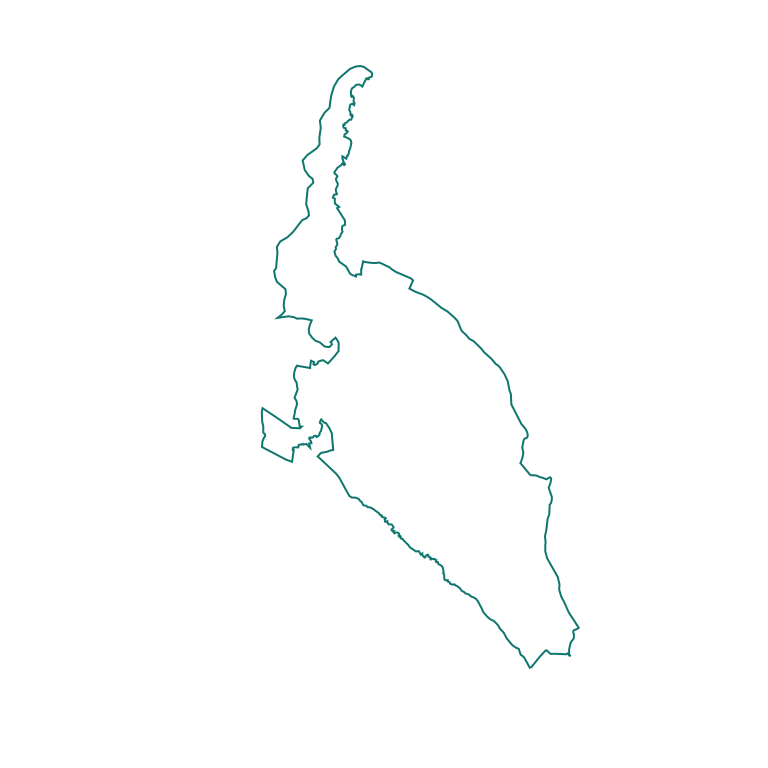 Valea Moldovei, Suceava, Romania, rotated 254°
{"feature_id": "2599482B49071413589038", "entity_name": "Valea Moldovei", "entity_type": "district", "adm_level": 2, "iso_a3": "ROU", "parent_name": "Romania", "parent_adm1": "Suceava", "projection": "equal_earth", "projection_center": [26.027, 47.483], "detail": "fine", "context": "isolated", "style": "outline", "palette": "teal", "viewbox_px": 768, "rotation_deg": 254, "n_neighbors": 0, "source": "geoboundaries", "source_scale": "gbopen_adm2", "svg_char_len": 6137}
<svg xmlns="http://www.w3.org/2000/svg" viewBox="0 0 768 768"><g transform="rotate(254 384 384)"><path d="M685.5,458.1L687.0,457.9L694.3,452.1L696.2,448.9L697.0,444.2L696.3,438.3L691.2,427.1L689.5,423.9L683.8,417.9L675.6,412.6L664.4,407.7L661.1,401.5L654.9,395.0L647.6,393.8L638.5,389.7L632.0,388.1L629.0,384.1L625.3,373.6L621.3,367.4L611.5,366.8L605.0,369.0L600.8,371.9L597.0,371.6L593.1,364.6L578.3,358.7L571.6,359.0L566.8,358.4L564.8,355.4L564.0,350.4L555.1,338.3L551.6,331.4L549.6,323.5L545.3,318.8L539.3,317.7L525.1,312.2L523.0,309.5L516.9,308.8L511.8,309.2L502.3,315.4L497.6,314.6L492.6,311.4L486.8,309.1L481.4,308.7L478.9,304.9L476.9,299.9L475.4,310.8L473.3,315.5L470.8,318.4L469.9,322.3L468.5,326.0L465.1,332.1L461.3,329.1L457.3,326.7L453.1,326.0L448.0,327.8L444.4,330.1L441.6,333.9L436.5,337.2L435.0,340.4L434.6,341.9L436.5,344.9L438.0,344.9L439.1,344.2L441.9,350.2L437.2,351.7L435.9,351.7L428.2,349.4L424.2,343.9L419.2,335.8L423.4,332.3L423.8,331.5L423.7,327.1L421.6,325.2L421.4,322.5L422.4,321.6L424.2,322.8L426.5,320.3L422.1,318.2L419.7,317.4L425.6,305.3L424.7,304.7L424.4,303.9L420.1,301.0L415.7,299.3L412.6,299.5L409.2,300.4L405.7,299.7L404.0,299.8L402.1,299.2L395.4,294.2L391.5,295.3L388.3,294.7L382.4,290.8L381.1,290.5L376.6,287.9L375.5,287.7L374.5,291.0L373.8,291.9L372.7,292.1L366.5,291.3L365.7,293.2L364.6,290.9L367.2,283.3L368.0,282.0L368.4,282.1L379.3,273.2L394.2,260.6L391.0,258.9L381.3,256.5L376.6,256.3L370.7,254.6L369.7,254.8L369.1,255.6L366.8,255.5L364.8,253.2L362.1,251.2L357.0,249.4L338.1,269.2L334.6,274.2L345.4,279.0L345.8,278.1L347.8,279.1L347.6,281.3L346.7,284.1L349.0,285.3L348.7,287.1L348.8,289.5L347.9,289.7L347.9,292.7L343.1,295.4L347.5,295.7L347.1,297.9L348.9,298.0L352.2,297.0L353.0,297.5L352.8,299.1L352.2,299.6L352.3,301.1L353.4,302.6L352.6,304.6L351.6,304.7L352.1,306.6L353.1,308.1L354.7,308.6L356.2,310.5L360.9,313.1L362.6,312.9L364.5,311.6L366.9,313.3L367.3,313.9L363.5,315.7L362.4,317.5L356.3,319.4L350.4,320.3L348.8,319.7L334.6,317.0L334.9,314.3L334.6,310.9L335.1,304.4L332.7,300.3L311.1,313.2L306.5,315.1L285.9,319.8L283.6,322.0L282.7,325.2L280.5,328.0L278.0,328.9L277.0,329.9L273.2,330.7L271.8,333.3L269.9,334.6L269.5,336.2L267.7,338.4L261.3,343.4L258.6,344.5L258.3,345.6L256.7,345.5L255.0,348.4L254.3,348.7L253.5,347.3L251.4,347.1L251.0,347.4L251.2,349.4L250.0,349.1L247.8,349.7L247.4,351.5L246.7,352.7L244.0,353.8L243.1,353.3L242.1,351.1L241.0,351.1L240.0,353.1L239.2,352.2L237.6,352.9L238.0,354.3L237.8,355.3L237.1,356.4L235.9,357.3L234.9,357.1L234.3,356.2L233.5,356.2L233.1,356.7L233.2,357.8L232.5,358.0L231.3,357.5L230.7,357.8L230.0,359.2L228.5,359.6L222.3,363.1L219.8,363.9L214.1,368.7L213.9,370.9L213.5,371.5L210.0,372.3L210.6,374.1L208.9,373.7L206.0,375.1L206.1,375.9L207.1,376.6L207.9,378.3L207.8,379.1L207.2,379.5L205.8,379.1L204.4,381.0L203.2,380.3L202.4,380.6L202.6,382.1L202.0,383.2L202.0,384.5L201.0,384.8L200.3,385.7L198.8,384.9L198.4,385.1L197.9,386.7L196.1,386.6L193.2,389.4L190.7,389.9L186.8,389.5L185.9,388.7L184.3,389.3L179.7,388.2L179.1,388.4L178.2,389.4L177.9,391.2L176.7,390.8L175.2,392.5L173.9,392.4L172.1,394.8L172.0,396.4L171.8,396.7L170.7,397.2L170.0,398.2L166.8,400.7L163.9,401.6L161.7,403.9L160.3,404.5L158.6,407.2L155.4,409.5L154.2,411.3L151.7,413.5L149.1,414.4L140.6,416.2L137.9,416.4L132.4,418.8L128.6,421.2L125.8,424.4L120.8,427.1L117.1,427.9L112.0,430.5L105.5,431.9L97.9,435.2L94.4,437.9L92.3,440.5L86.0,440.8L84.1,442.4L82.3,443.4L71.1,445.9L71.3,447.7L79.4,459.3L83.3,466.0L83.2,466.9L78.6,469.8L77.6,473.9L73.9,484.9L74.5,486.1L73.9,486.7L72.1,487.1L71.0,488.5L72.9,487.3L78.1,488.9L84.1,492.2L86.7,495.8L87.7,496.5L90.6,497.5L93.3,497.5L94.5,498.0L94.9,498.6L95.4,502.4L96.0,504.0L113.7,498.6L125.1,497.0L130.5,495.8L138.0,495.7L143.3,497.5L150.7,497.8L171.4,492.8L178.6,492.9L185.3,494.8L187.1,495.7L192.9,496.7L194.5,497.4L198.1,499.4L209.2,504.1L213.1,506.9L222.1,509.9L223.6,511.8L227.1,513.7L229.3,514.2L238.9,513.7L242.6,516.5L246.3,518.4L247.3,518.6L248.2,518.3L248.6,517.6L247.6,513.9L250.6,510.0L251.2,508.6L254.1,505.2L255.8,500.2L256.7,499.3L270.4,493.3L271.7,494.5L276.6,497.7L279.9,499.1L284.7,499.3L291.2,502.6L292.7,503.9L292.8,506.1L293.4,507.0L294.6,507.9L296.1,508.2L298.2,508.3L301.4,507.8L307.8,505.0L329.2,500.8L339.6,503.2L342.7,502.8L352.5,503.7L359.8,502.6L367.4,500.2L370.2,498.9L372.6,496.9L378.8,494.1L386.9,489.0L391.5,487.1L399.4,482.6L400.8,481.7L403.7,478.6L408.2,476.6L412.9,473.7L415.4,473.0L424.1,472.1L427.5,470.5L436.1,465.1L441.6,460.0L452.1,452.7L455.7,449.6L458.7,446.7L464.1,439.5L468.7,434.7L475.6,440.5L478.2,438.9L488.3,426.5L492.1,423.1L494.6,421.5L501.6,413.6L502.2,412.2L502.7,409.0L503.9,405.3L506.5,399.3L507.7,397.8L500.4,393.9L500.5,393.7L495.4,392.2L496.4,390.2L496.8,387.2L495.1,386.7L497.6,383.4L499.4,381.8L507.2,380.0L514.2,374.5L517.2,374.3L520.8,372.8L525.1,372.9L527.0,375.1L528.8,375.2L530.6,377.3L532.1,377.9L535.7,377.8L536.6,378.6L536.6,380.8L537.5,382.1L540.0,384.0L541.9,386.2L543.6,386.0L546.9,387.2L547.5,387.9L547.6,390.2L548.4,390.7L552.1,391.5L566.0,387.4L566.6,389.7L571.1,386.5L575.7,387.8L577.3,386.2L579.5,387.9L579.7,388.4L579.4,391.0L583.4,391.0L585.2,391.9L587.5,394.1L589.1,394.8L592.8,394.2L594.4,394.4L595.1,394.8L596.2,396.4L596.7,396.5L598.7,395.6L599.6,394.7L601.1,394.6L604.8,399.0L606.1,403.0L607.5,404.8L605.4,406.0L605.5,406.6L606.1,407.1L608.7,406.4L612.7,406.2L614.3,406.8L611.0,409.9L613.3,411.3L613.2,411.8L614.9,413.3L618.0,415.0L620.1,416.7L625.0,419.2L627.9,419.1L630.2,417.2L632.9,413.9L634.9,415.0L635.2,416.8L636.7,418.8L637.5,418.4L638.2,417.1L640.4,417.7L641.2,416.1L641.7,415.9L642.7,415.7L644.5,416.5L644.0,417.5L645.3,418.1L645.7,420.4L646.6,421.6L647.5,423.8L647.1,425.1L649.6,427.5L651.5,427.7L651.9,427.1L651.2,426.3L651.7,426.0L654.7,426.6L657.2,426.1L661.6,428.4L662.1,429.4L662.0,430.8L660.3,432.1L662.1,433.2L663.6,432.5L666.8,433.8L668.1,433.7L669.4,433.3L668.9,432.2L669.6,431.8L674.4,432.8L676.7,434.4L677.1,434.9L678.0,437.8L679.0,438.9L679.2,440.0L678.7,442.7L677.2,444.3L675.9,445.1L682.6,451.2L682.7,451.9L681.3,452.5L681.2,453.3L682.7,454.2L682.7,456.1L683.2,457.3L685.5,458.1Z" fill="none" stroke="#0f766e" stroke-width="2"/></g></svg>